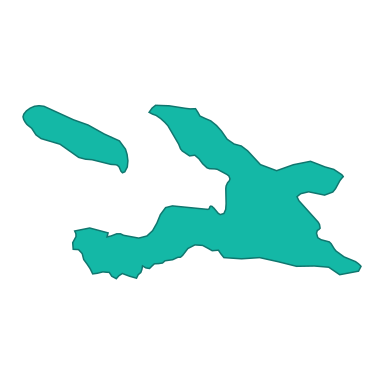 map outline of Ouest (Robinson projection)
{"feature_id": "HTI-1388", "entity_name": "Ouest", "entity_type": "Department", "adm_level": 1, "iso_a3": "HTI", "parent_name": "Haiti", "parent_adm1": "", "projection": "robinson", "projection_center": [-72.52, 18.618], "detail": "fine", "context": "isolated", "style": "filled", "palette": "teal", "viewbox_px": 384, "rotation_deg": 0, "n_neighbors": 0, "source": "natural_earth", "source_scale": "10m", "svg_char_len": 2415}
<svg xmlns="http://www.w3.org/2000/svg" viewBox="0 0 384 384"><path d="M343.3,176.7L342.8,177.0L339.9,180.6L335.5,188.7L332.8,192.0L324.6,195.1L308.6,191.8L300.7,193.7L297.0,196.7L298.9,200.7L318.2,222.2L319.5,224.5L320.1,228.2L318.9,229.5L317.3,230.5L316.5,233.2L317.8,237.7L321.0,239.7L329.3,241.9L331.1,243.7L334.3,248.9L336.1,251.1L344.1,256.9L355.5,261.6L358.5,263.8L360.5,265.7L361.0,266.4L358.5,271.2L358.3,271.2L339.7,274.7L328.7,267.2L314.3,266.0L296.5,266.3L278.1,261.7L259.6,257.6L241.5,258.8L223.9,257.6L221.0,254.0L218.4,250.2L212.2,250.7L208.2,248.4L202.6,245.4L194.9,244.9L187.9,248.5L182.6,255.4L180.5,257.2L177.9,257.3L172.7,259.7L167.8,260.4L165.0,260.8L162.5,263.0L158.5,263.6L154.4,263.8L151.9,266.1L149.5,268.5L145.9,267.9L142.5,265.9L141.9,269.5L140.8,272.5L138.2,274.7L136.5,278.2L129.5,276.2L122.3,273.5L118.7,275.9L116.3,278.7L111.7,276.2L109.3,272.4L106.2,272.2L102.8,271.9L97.2,273.3L92.7,273.9L90.1,268.6L87.1,264.1L83.7,259.5L82.2,253.6L78.5,249.6L73.2,249.3L72.7,242.7L76.0,236.6L75.9,233.7L74.7,231.0L89.7,228.0L108.1,232.9L107.0,236.9L111.0,236.0L116.7,233.8L120.5,233.8L123.6,235.3L138.7,238.1L146.9,236.0L152.6,230.7L156.9,223.1L160.4,214.6L165.6,207.6L172.4,205.9L207.8,209.4L209.1,208.9L209.6,207.7L210.0,206.6L210.7,206.1L212.0,206.4L212.7,207.0L213.1,207.6L213.7,207.9L218.2,213.3L220.2,214.6L223.9,213.5L225.7,209.4L226.1,203.7L225.8,188.8L226.1,186.0L227.6,182.7L229.3,180.8L230.0,178.9L228.9,176.0L227.0,174.5L217.3,169.3L214.7,168.9L209.5,168.7L207.0,167.8L202.7,163.8L198.9,158.7L194.8,155.2L189.6,155.9L182.3,151.0L180.5,148.8L178.7,144.2L167.9,125.7L164.8,122.3L160.6,118.5L156.1,115.4L152.5,114.1L149.1,112.3L152.1,108.1L155.6,105.3L169.2,105.8L185.2,108.3L190.2,108.9L195.5,108.7L197.8,112.2L199.9,116.0L205.2,118.5L210.8,120.9L216.5,125.5L221.5,131.1L227.1,139.2L234.0,144.0L241.3,146.0L247.6,150.8L260.4,164.6L276.6,170.7L293.4,164.7L310.5,161.3L317.8,164.1L324.9,166.9L333.8,169.4L341.8,174.7L343.3,176.6L343.3,176.7ZM31.7,128.3L27.8,125.2L26.7,124.2L25.1,122.0L23.7,119.5L23.0,116.8L23.8,114.1L26.4,110.9L30.1,108.2L34.4,106.3L39.0,105.7L44.0,106.3L73.5,119.8L88.1,125.0L104.2,134.0L119.4,140.9L125.5,149.2L127.1,154.5L127.9,160.8L127.3,167.0L124.8,171.8L122.5,172.8L121.0,171.3L119.1,166.9L117.3,165.2L115.7,164.7L110.9,164.4L92.0,159.7L85.5,159.2L78.7,157.4L60.0,144.2L41.1,138.6L36.0,134.9L31.7,128.3Z" fill="#14b8a6" stroke="#0f766e" stroke-width="1.5"/></svg>